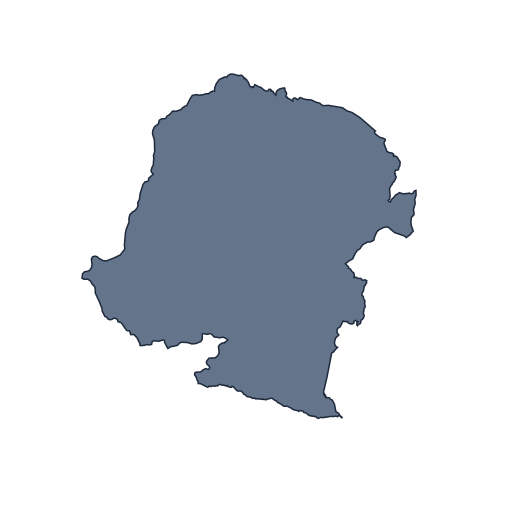 Siriu, Buzau, Romania (Equal Earth projection), rotated 252°
{"feature_id": "2599482B22282799784741", "entity_name": "Siriu", "entity_type": "district", "adm_level": 2, "iso_a3": "ROU", "parent_name": "Romania", "parent_adm1": "Buzau", "projection": "equal_earth", "projection_center": [26.23, 45.534], "detail": "fine", "context": "isolated", "style": "filled", "palette": "slate", "viewbox_px": 512, "rotation_deg": 252, "n_neighbors": 0, "source": "geoboundaries", "source_scale": "gbopen_adm2", "svg_char_len": 6100}
<svg xmlns="http://www.w3.org/2000/svg" viewBox="0 0 512 512"><g transform="rotate(252 256 256)"><path d="M407.4,333.8L407.6,329.9L406.5,326.8L405.0,325.5L402.8,324.6L404.8,323.4L406.8,323.2L407.1,322.5L408.3,322.2L408.4,321.2L409.2,321.7L410.2,321.1L410.5,319.8L409.4,318.4L409.4,317.4L409.9,316.5L411.4,314.9L414.9,312.7L416.1,310.9L419.3,307.9L417.1,305.5L417.7,305.0L417.6,304.6L418.2,304.5L418.7,303.1L419.7,302.6L424.0,302.3L426.1,301.3L426.5,301.6L428.0,300.7L427.8,300.5L428.3,299.6L429.4,299.8L432.0,298.4L432.6,297.5L433.0,295.1L436.1,290.4L436.9,288.1L436.3,285.0L435.1,283.9L436.0,281.7L435.2,275.6L432.2,271.5L428.6,268.6L425.5,267.5L426.2,265.8L425.8,263.0L425.0,260.9L425.8,258.5L425.7,254.9L426.2,253.7L426.5,251.5L427.9,249.4L428.4,245.0L425.8,241.8L420.6,236.7L420.4,234.6L419.6,231.9L418.5,229.9L418.3,225.9L418.6,223.8L419.5,222.0L419.4,221.1L417.4,217.9L416.6,214.7L414.7,212.6L415.6,208.3L415.0,205.9L411.9,204.1L410.2,199.3L407.3,196.7L404.2,195.3L397.8,195.2L386.6,191.9L383.0,189.4L380.9,189.1L374.1,186.3L372.1,184.2L369.7,182.6L368.1,182.5L365.6,183.6L363.0,177.8L361.3,177.3L360.5,176.4L360.8,173.3L358.9,170.6L351.2,165.1L345.7,162.5L343.3,160.0L340.3,159.2L339.1,158.4L338.0,157.3L336.3,154.2L336.1,152.0L335.1,150.9L335.0,149.8L333.8,148.5L331.1,146.8L327.4,145.7L321.5,140.8L318.2,138.9L306.8,134.1L303.9,133.7L302.5,132.5L299.0,127.3L298.0,120.1L297.6,112.0L299.0,109.0L302.4,105.8L304.4,104.7L305.7,102.7L305.7,100.3L304.0,98.5L298.3,97.4L296.2,96.2L294.4,94.4L293.7,93.1L293.5,90.9L294.0,88.0L292.6,85.5L288.7,83.6L287.1,85.1L285.9,88.9L283.0,91.0L280.5,91.3L276.4,93.1L273.0,92.6L270.6,91.7L260.8,92.9L253.7,93.3L251.2,92.7L245.3,93.6L243.8,95.1L241.8,95.7L240.7,97.0L240.2,98.9L240.6,100.6L240.6,102.0L239.8,103.6L237.9,104.5L236.0,104.5L234.3,107.2L225.9,109.7L224.7,110.5L224.1,112.5L219.9,112.6L219.0,115.7L214.8,117.6L208.2,118.5L207.0,118.0L206.5,118.3L205.5,122.3L205.5,124.5L204.2,127.9L204.3,129.5L206.4,130.6L207.0,132.3L205.0,137.3L204.8,142.1L204.2,142.8L202.1,142.4L195.2,143.6L196.2,147.1L195.8,148.0L195.3,153.7L197.1,157.2L196.7,159.3L194.8,164.2L192.2,167.8L191.3,171.7L191.6,176.7L192.6,178.3L193.7,179.3L198.2,180.7L198.6,181.5L196.4,185.9L196.6,187.7L196.3,188.6L194.9,189.8L191.8,191.2L190.9,193.6L189.5,195.8L189.0,199.5L187.5,201.4L184.9,203.1L184.0,201.6L183.6,199.6L183.0,198.8L183.7,197.4L183.0,194.3L182.0,192.8L181.0,192.2L175.5,191.1L173.3,189.2L172.6,188.0L171.7,185.3L172.5,183.3L173.3,179.5L171.2,176.5L170.5,176.0L168.4,175.9L165.6,177.4L164.5,177.6L163.2,176.6L162.8,175.4L164.4,173.6L164.1,170.5L163.0,168.0L162.9,167.2L164.0,163.3L163.7,161.6L161.9,160.9L159.2,161.7L155.3,161.7L154.2,162.3L152.6,161.6L151.6,163.9L146.3,169.2L146.2,170.4L146.8,171.1L145.8,172.8L145.8,175.1L144.8,176.7L144.9,178.0L144.3,179.3L145.4,181.2L143.3,184.5L143.4,185.6L141.7,187.0L141.5,187.6L141.8,188.6L140.5,188.9L138.8,191.5L138.8,192.3L139.4,192.6L138.9,193.9L133.9,196.2L132.9,197.5L132.4,199.8L130.2,201.2L128.2,201.7L127.3,202.9L125.1,204.0L123.2,207.5L121.7,208.6L121.3,210.0L121.4,210.9L120.1,211.6L120.1,212.8L119.5,213.3L119.1,214.8L117.6,218.0L117.8,218.6L116.9,219.3L117.0,219.9L116.1,221.3L116.4,223.2L116.0,225.1L116.2,226.1L115.7,227.6L114.9,227.8L114.3,228.5L112.8,229.3L112.3,230.3L110.0,231.3L107.7,233.8L105.2,235.4L104.4,236.3L103.5,239.3L100.0,242.8L98.3,244.0L95.8,248.2L95.0,248.6L95.3,250.1L94.3,252.6L92.4,253.1L91.2,255.1L87.7,257.3L87.4,258.5L86.2,259.8L86.2,260.9L85.1,262.1L85.1,263.1L82.9,264.2L82.3,265.2L82.5,267.7L81.3,270.4L81.6,271.6L80.9,273.1L80.5,277.1L79.3,280.2L79.4,281.3L78.7,283.0L78.0,283.8L78.8,285.7L75.1,288.0L76.2,287.9L77.8,286.7L80.9,286.0L83.3,283.9L90.8,284.8L95.5,284.0L96.6,282.6L98.5,281.9L99.8,278.5L100.9,279.2L102.0,277.9L102.5,278.8L103.3,277.8L103.9,278.5L105.5,278.0L118.0,285.6L140.5,298.1L140.9,300.7L141.5,300.9L143.9,305.3L146.0,303.6L149.5,303.8L153.4,306.4L155.2,310.3L158.6,309.4L161.1,310.5L161.9,311.4L162.7,314.2L167.2,318.7L166.0,320.5L165.5,322.5L164.2,322.7L162.3,324.8L161.6,326.3L161.9,328.4L163.6,328.8L164.1,330.7L162.5,331.7L162.1,332.5L161.7,331.4L159.2,330.6L158.3,330.9L159.2,332.1L159.6,334.5L162.6,336.2L162.8,337.6L164.4,339.6L166.2,340.5L168.6,340.5L170.6,341.7L172.7,342.4L173.2,343.5L174.4,344.4L177.5,344.5L178.0,345.2L180.2,345.7L181.8,345.1L184.2,345.5L186.0,344.7L187.6,345.2L189.5,347.3L193.9,349.7L194.4,351.1L195.8,351.9L196.2,352.9L197.7,353.1L198.3,353.7L199.6,352.4L200.1,349.6L202.3,348.8L203.3,345.9L204.8,344.8L205.2,342.5L206.5,343.4L209.5,343.8L212.0,342.3L214.3,341.8L215.9,340.2L217.0,340.7L221.0,338.6L222.6,342.9L223.2,346.4L224.2,348.1L225.4,348.6L226.1,349.8L227.1,350.3L230.0,354.1L230.8,357.2L232.3,358.9L233.9,361.5L234.8,366.5L234.0,369.0L234.6,372.9L238.2,375.2L241.5,378.3L242.7,380.5L243.6,385.4L243.6,387.8L242.8,390.4L235.4,395.1L229.2,403.3L227.1,404.7L228.7,409.3L231.2,413.3L237.0,413.1L240.3,413.8L244.6,415.6L246.4,419.0L247.3,419.4L251.5,420.1L256.4,423.4L257.9,424.0L260.6,424.3L264.3,427.0L268.9,428.4L268.9,426.7L267.2,424.7L267.1,423.6L267.9,421.7L268.6,421.0L268.4,419.8L269.1,418.3L269.1,416.8L270.5,413.8L271.8,412.3L271.8,411.1L271.2,409.6L270.9,407.5L269.7,406.1L267.7,402.1L265.8,400.4L266.6,399.6L267.9,398.8L268.9,400.7L271.2,402.0L278.8,403.8L281.0,405.9L281.9,407.5L283.1,408.3L284.3,410.6L287.2,413.4L288.4,413.8L289.3,413.3L291.0,413.9L291.9,413.4L292.9,413.9L294.5,415.5L294.0,417.1L294.1,418.2L296.3,419.4L297.1,420.5L300.9,422.2L306.8,420.6L308.0,419.4L308.1,417.7L309.0,417.6L309.8,418.4L311.1,417.9L311.8,417.3L313.2,414.7L314.9,412.9L323.4,412.5L324.6,413.0L326.0,414.7L327.2,414.9L328.9,413.1L330.7,410.3L334.1,408.0L335.9,407.0L337.3,406.9L337.7,407.2L338.0,408.2L355.4,397.7L362.7,391.8L366.1,387.2L370.3,384.1L376.9,371.4L378.1,366.6L379.6,365.0L381.6,363.9L383.6,360.8L387.1,357.1L388.4,354.6L388.4,353.8L390.7,349.9L393.1,346.9L391.8,344.0L394.3,342.0L394.4,340.3L393.4,339.3L392.0,338.8L394.4,337.0L396.0,335.1L397.3,334.9L397.8,333.7L398.8,333.9L400.9,335.3L402.9,335.3L403.7,334.7L406.6,335.2L406.9,335.1L406.5,334.6L407.4,333.8Z" fill="#64748b" stroke="#1e293b" stroke-width="1.5"/></g></svg>